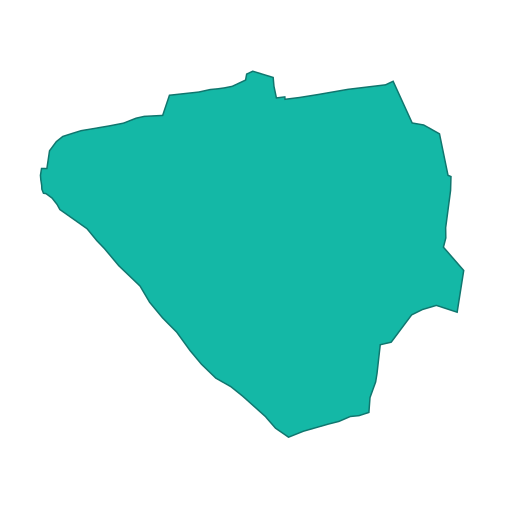 Apa, Benue, Nigeria, rotated 83°
{"feature_id": "59680162B6932812925911", "entity_name": "Apa", "entity_type": "district", "adm_level": 2, "iso_a3": "NGA", "parent_name": "Nigeria", "parent_adm1": "Benue", "projection": "orthographic", "projection_center": [7.868, 7.602], "detail": "fine", "context": "isolated", "style": "filled", "palette": "teal", "viewbox_px": 512, "rotation_deg": 83, "n_neighbors": 0, "source": "geoboundaries", "source_scale": "gbopen_adm2", "svg_char_len": 1223}
<svg xmlns="http://www.w3.org/2000/svg" viewBox="0 0 512 512"><g transform="rotate(83 256 256)"><path d="M101.8,144.5L103.3,174.5L104.0,193.8L104.0,208.1L101.6,208.0L101.6,216.5L89.7,217.5L80.9,217.2L72.2,236.7L74.3,243.1L80.1,244.9L84.7,258.9L85.3,266.9L85.4,273.8L85.2,281.2L86.3,292.8L85.9,322.3L105.1,331.5L104.6,338.6L103.8,349.9L104.6,358.2L108.0,371.4L109.0,385.8L110.3,414.3L111.8,422.7L113.8,433.2L118.1,440.2L126.4,448.1L143.7,452.9L143.0,458.2L149.6,460.1L154.2,460.3L156.7,460.2L159.7,460.1L163.6,460.4L167.8,459.3L168.5,456.8L173.6,451.4L180.7,447.1L186.0,445.0L188.7,442.0L208.3,420.4L221.4,412.1L230.2,405.5L248.9,393.4L263.2,381.7L271.8,374.7L289.0,367.2L306.0,356.3L312.0,351.7L321.9,344.0L341.8,333.0L356.8,323.3L367.7,314.5L372.4,310.7L382.7,296.8L393.5,286.3L416.6,266.1L418.8,264.7L429.3,257.6L439.8,245.8L435.7,230.3L431.7,205.1L430.3,193.9L426.8,182.0L427.0,173.2L425.0,163.0L410.4,160.1L395.6,152.6L387.3,150.2L359.2,143.5L358.0,132.3L333.4,108.7L329.4,97.3L327.0,83.0L336.3,63.2L295.7,51.6L270.1,68.9L261.2,65.4L250.9,64.3L248.7,63.7L214.7,54.9L200.9,52.8L199.3,55.6L157.1,59.0L146.4,73.6L143.0,84.8L99.3,98.6L101.9,106.6L101.8,144.5Z" fill="#14b8a6" stroke="#0f766e" stroke-width="1.5"/></g></svg>